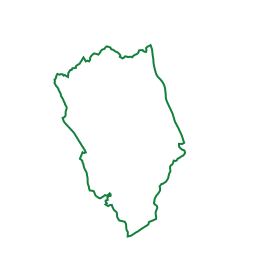 Rio dos Bois, Tocantins, Brazil, rotated 319°
{"feature_id": "56859067B30920938893313", "entity_name": "Rio dos Bois", "entity_type": "district", "adm_level": 2, "iso_a3": "BRA", "parent_name": "Brazil", "parent_adm1": "Tocantins", "projection": "orthographic", "projection_center": [-48.454, -9.239], "detail": "fine", "context": "isolated", "style": "outline", "palette": "green", "viewbox_px": 256, "rotation_deg": 319, "n_neighbors": 0, "source": "geoboundaries", "source_scale": "gbopen_adm2", "svg_char_len": 3737}
<svg xmlns="http://www.w3.org/2000/svg" viewBox="0 0 256 256"><g transform="rotate(319 128 128)"><path d="M71.5,119.7L71.9,121.3L72.0,122.8L71.2,123.9L70.8,125.4L70.2,126.7L69.2,128.3L68.5,130.2L68.0,132.3L67.4,134.8L66.2,136.5L65.2,138.3L64.1,140.0L62.7,141.6L61.6,142.9L60.7,144.6L60.1,146.4L58.9,148.1L58.2,150.0L59.5,151.6L60.7,153.1L60.2,154.9L59.6,156.2L59.2,157.7L59.5,159.4L60.0,161.4L60.9,162.9L62.9,163.2L65.0,163.5L66.5,163.5L67.3,164.8L69.4,165.5L71.3,165.3L71.4,166.7L70.2,167.8L68.7,166.7L66.8,167.0L65.5,169.0L63.6,168.1L62.7,169.0L62.7,170.9L60.8,170.9L61.3,172.3L61.8,173.9L63.8,174.3L65.3,175.4L64.5,177.3L64.1,178.8L63.7,180.2L63.7,181.6L64.1,183.0L63.9,184.7L62.7,186.4L61.5,188.0L61.0,189.9L60.8,192.3L62.1,193.8L62.9,195.0L64.0,196.6L63.7,198.6L62.8,200.2L61.7,201.6L60.6,203.0L59.9,204.5L59.7,206.2L58.3,207.9L56.6,209.7L59.7,211.3L65.7,212.1L67.7,212.6L70.3,212.8L73.0,213.1L79.3,214.1L80.6,213.9L82.0,212.7L83.5,213.1L84.8,213.7L86.4,214.2L87.8,214.5L89.4,215.1L90.9,213.6L92.0,211.8L92.9,210.4L94.2,209.3L96.2,208.3L97.8,207.4L98.6,205.9L98.4,204.2L98.0,202.9L98.4,201.5L99.9,200.6L100.9,199.6L102.1,198.8L103.5,198.2L105.6,197.5L107.6,197.3L109.4,196.8L111.2,196.2L112.5,194.8L113.6,192.8L115.2,192.5L116.5,192.2L117.7,193.0L119.1,193.0L121.0,193.5L122.7,193.1L124.0,192.7L125.5,192.2L126.9,191.0L128.3,190.1L129.6,189.2L131.2,188.8L132.4,187.5L133.1,186.3L134.3,184.9L135.8,184.3L137.5,184.6L139.6,183.6L141.1,182.6L142.3,184.2L144.0,184.3L145.4,183.7L147.1,184.3L149.4,184.4L151.4,185.0L152.9,184.8L154.6,184.3L155.7,182.5L155.5,181.1L154.6,179.9L154.4,178.0L154.2,176.0L155.0,174.7L156.1,173.4L157.4,174.6L158.6,175.7L160.7,176.0L161.4,174.2L162.1,172.7L162.8,170.9L163.5,169.4L163.9,168.2L164.4,166.4L165.0,164.3L165.4,162.8L165.9,161.2L166.3,159.5L166.7,157.8L167.1,156.2L167.4,154.7L168.0,153.0L169.0,151.0L170.0,148.7L170.9,146.8L171.4,145.2L171.8,143.8L172.4,142.0L172.8,140.3L173.2,138.8L173.7,137.2L174.2,135.3L175.0,132.8L175.8,131.1L176.9,129.4L178.3,127.6L179.4,126.1L180.6,124.4L181.7,122.8L182.7,120.9L183.5,119.1L184.0,116.9L184.2,115.3L184.3,113.9L184.3,112.3L184.2,110.8L184.1,108.9L184.4,106.7L185.2,104.6L186.1,102.7L186.8,101.2L187.6,99.7L188.6,97.9L189.6,96.2L190.9,94.4L192.1,92.9L193.2,91.1L194.0,89.8L195.0,88.4L195.9,87.0L197.1,85.4L198.1,83.5L198.9,81.6L199.4,80.2L197.7,79.9L195.9,79.4L194.1,79.5L192.8,81.6L191.4,82.4L190.6,81.3L190.0,80.1L190.2,78.8L188.7,77.7L187.3,76.7L186.1,77.4L185.0,78.0L183.1,78.0L181.4,77.4L179.3,77.0L177.6,77.4L176.2,75.4L174.5,74.6L173.9,73.3L172.8,72.0L171.0,72.2L169.5,71.9L169.1,70.3L168.5,68.9L169.9,68.1L170.0,66.6L169.8,64.3L168.7,61.9L168.1,59.3L167.0,57.6L167.5,55.7L166.5,53.9L165.3,52.3L163.5,52.5L162.0,52.8L159.9,51.9L158.1,52.0L156.7,52.6L155.5,52.9L153.8,53.2L152.6,51.2L151.2,49.4L149.1,49.4L147.2,49.6L145.6,50.1L144.0,51.8L142.3,52.2L141.5,50.5L139.8,50.0L140.2,48.4L140.5,47.1L140.7,45.5L139.1,46.0L137.3,46.7L135.7,47.0L133.7,47.8L131.8,47.4L130.4,47.2L129.1,47.2L128.2,48.4L126.8,47.7L125.3,46.4L123.5,47.2L122.5,46.4L121.0,46.8L119.0,47.4L117.7,48.7L116.2,50.1L115.6,48.8L115.1,46.5L113.7,46.1L113.9,44.6L112.8,43.5L111.2,42.7L110.2,40.9L108.6,41.4L107.0,42.5L105.5,43.3L104.1,43.4L103.5,44.8L102.1,45.7L101.7,47.4L101.3,49.3L101.4,50.9L101.2,52.5L100.5,54.1L100.1,56.2L99.5,58.4L98.4,59.9L98.2,61.8L97.8,63.7L97.1,65.6L96.7,67.5L95.9,69.1L95.7,70.7L95.3,72.1L94.4,73.1L93.1,73.9L91.5,74.9L90.2,76.4L89.0,77.7L87.1,78.1L85.3,77.5L84.1,80.2L83.7,82.4L83.8,85.3L83.8,87.5L83.9,89.0L83.9,91.0L84.0,92.5L84.0,93.9L84.1,95.5L84.0,96.9L83.5,99.4L83.3,100.9L83.0,102.8L82.5,105.4L82.2,107.8L81.8,110.0L81.5,112.0L81.2,114.1L80.7,116.9L80.1,118.8L78.3,117.9L77.8,116.5L71.5,119.7Z" fill="none" stroke="#15803d" stroke-width="2"/></g></svg>